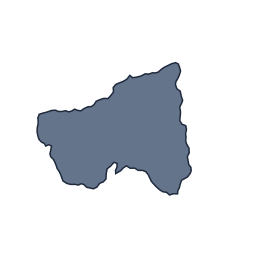 Argirita, Minas Gerais, Brazil, rotated 37°
{"feature_id": "56859067B34459368726080", "entity_name": "Argirita", "entity_type": "district", "adm_level": 2, "iso_a3": "BRA", "parent_name": "Brazil", "parent_adm1": "Minas Gerais", "projection": "mercator", "projection_center": [-42.832, -21.628], "detail": "fine", "context": "isolated", "style": "filled", "palette": "slate", "viewbox_px": 256, "rotation_deg": 37, "n_neighbors": 0, "source": "geoboundaries", "source_scale": "gbopen_adm2", "svg_char_len": 1822}
<svg xmlns="http://www.w3.org/2000/svg" viewBox="0 0 256 256"><g transform="rotate(37 128 128)"><path d="M207.2,150.8L205.5,148.0L205.0,144.9L203.5,141.5L202.2,137.5L203.6,134.5L205.0,131.2L205.0,126.7L204.1,124.0L201.8,121.5L198.5,120.6L195.4,117.7L192.5,115.0L191.9,111.1L188.8,107.4L184.4,105.5L181.7,103.5L180.1,100.7L177.4,97.8L175.6,94.0L172.8,91.4L168.5,92.5L164.8,90.8L163.0,87.9L161.4,85.1L159.5,82.7L156.7,80.2L155.9,75.9L155.0,73.0L152.5,71.3L150.3,69.6L147.6,67.2L143.3,67.2L139.8,64.8L138.4,62.3L138.1,59.3L137.2,55.1L135.7,50.9L132.4,48.3L129.6,46.6L126.7,47.2L124.3,50.2L122.3,54.0L120.3,58.0L119.2,61.5L118.6,65.0L116.8,67.5L114.3,69.2L112.2,72.4L109.1,74.4L107.0,78.8L104.2,82.3L101.3,85.1L97.8,84.9L97.7,89.7L96.1,93.7L94.1,96.9L92.1,100.3L91.8,104.5L94.7,108.0L94.7,112.5L94.3,116.6L90.8,118.9L88.3,122.6L86.5,125.8L86.8,129.8L85.9,132.9L83.2,135.2L81.1,139.1L80.0,142.7L77.2,144.2L74.0,145.1L72.8,148.4L70.9,150.8L67.8,151.7L65.0,154.9L62.2,156.8L59.4,157.4L56.4,160.0L53.5,164.3L51.0,167.4L48.8,170.5L49.9,174.1L52.0,176.5L53.7,178.8L55.4,182.5L57.8,185.9L60.4,188.2L63.6,190.6L67.5,191.3L70.5,190.7L73.2,191.9L74.8,188.9L77.9,188.6L79.6,192.2L81.4,195.9L83.8,197.5L87.1,197.9L89.7,199.1L92.8,200.9L95.7,202.9L98.4,203.9L101.4,205.2L104.2,207.0L107.9,209.4L112.5,209.1L116.1,207.6L119.6,204.9L122.6,203.5L124.2,200.6L127.0,199.6L130.6,200.3L133.5,198.9L136.9,197.4L138.7,194.1L138.7,189.1L140.7,186.0L141.1,182.0L137.9,177.3L135.9,173.1L137.0,169.1L137.4,163.9L140.7,162.9L142.7,165.9L143.6,169.4L145.6,171.8L147.8,166.7L148.3,162.6L149.5,159.2L154.0,158.8L157.5,156.0L161.6,155.7L165.3,153.0L168.6,152.2L172.3,153.1L175.6,154.9L178.9,156.6L181.8,157.2L185.8,157.9L190.4,158.3L194.0,158.0L197.6,156.2L201.5,156.5L203.7,153.3L207.2,150.8Z" fill="#64748b" stroke="#1e293b" stroke-width="1.5"/></g></svg>